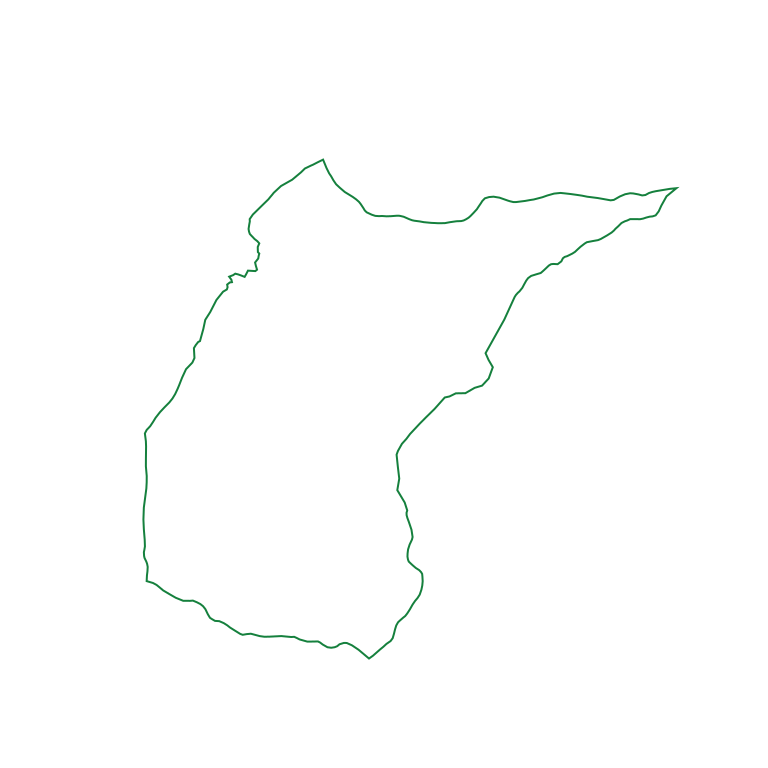 the district of Dopshari, Paro, Bhutan, rotated 110°
{"feature_id": "84629894B98882308612415", "entity_name": "Dopshari", "entity_type": "district", "adm_level": 2, "iso_a3": "BTN", "parent_name": "Bhutan", "parent_adm1": "Paro", "projection": "orthographic", "projection_center": [89.434, 27.456], "detail": "fine", "context": "isolated", "style": "outline", "palette": "green", "viewbox_px": 768, "rotation_deg": 110, "n_neighbors": 0, "source": "geoboundaries", "source_scale": "gbopen_adm2", "svg_char_len": 4378}
<svg xmlns="http://www.w3.org/2000/svg" viewBox="0 0 768 768"><g transform="rotate(110 384 384)"><path d="M647.1,304.2L643.2,301.5L639.2,299.3L634.8,296.9L631.1,294.7L627.4,292.8L623.3,289.9L619.9,288.9L615.3,289.2L610.8,289.7L606.7,289.9L603.1,289.3L600.9,288.2L596.9,286.0L594.8,284.7L591.7,283.7L586.9,282.6L581.5,281.7L577.2,280.6L573.7,279.3L569.7,278.4L564.5,278.5L560.3,279.1L556.1,280.2L551.9,282.0L549.4,283.2L548.1,284.8L546.9,287.2L546.0,291.2L544.6,294.9L543.6,297.3L542.4,300.0L540.8,301.4L538.2,302.9L535.1,303.9L531.2,304.8L526.0,305.0L522.9,304.7L520.6,304.5L518.0,304.8L511.6,308.3L505.2,313.4L501.9,316.2L499.5,317.9L497.2,318.8L494.9,318.9L488.3,324.0L479.2,335.2L467.7,337.3L457.0,342.7L446.1,348.0L442.2,348.0L434.1,346.7L427.9,344.2L422.0,342.4L408.9,336.8L401.3,333.3L390.0,327.9L375.9,322.3L373.3,318.2L368.2,313.3L364.8,304.4L356.6,297.5L352.0,291.3L343.0,287.5L331.0,287.5L325.6,294.0L320.3,299.1L282.4,293.0L257.6,291.0L255.3,290.5L252.5,289.4L250.7,288.4L246.3,286.9L242.6,286.4L238.2,285.7L235.2,284.8L232.1,282.7L228.9,278.5L226.1,274.7L224.0,273.5L222.1,272.5L216.3,269.6L214.3,268.0L213.3,266.0L212.0,261.8L208.1,259.3L204.7,258.9L202.8,257.7L201.2,255.6L197.0,251.6L194.5,249.7L191.3,248.1L187.7,246.2L183.3,243.4L181.4,241.9L178.5,237.1L175.6,232.1L173.6,229.9L168.2,225.3L163.8,221.9L161.1,220.4L159.0,219.6L155.6,217.8L151.5,215.9L148.8,213.4L147.2,211.4L144.9,209.1L142.8,203.4L141.6,199.8L139.9,197.0L137.9,194.5L135.9,191.6L134.6,188.9L132.6,186.4L127.8,184.9L121.5,184.4L111.0,182.7L100.0,176.2L102.9,182.2L109.9,194.6L111.8,197.6L113.9,200.3L117.0,203.0L118.5,205.9L118.8,209.6L119.7,215.0L120.6,218.0L122.0,220.3L123.2,222.3L127.1,226.5L132.4,231.0L133.9,233.9L135.3,242.0L136.2,247.0L138.5,257.1L139.3,262.4L140.4,267.8L141.7,273.8L143.2,280.0L144.1,283.5L146.9,289.3L151.0,295.0L154.3,299.0L159.4,306.4L161.2,309.7L163.7,314.0L167.9,322.2L168.8,324.7L169.2,328.2L169.3,330.3L169.4,339.2L170.0,342.3L170.5,345.1L172.4,349.2L175.0,352.7L178.4,354.2L181.1,354.8L185.0,355.8L188.0,356.5L192.6,358.4L196.6,360.2L198.8,361.4L201.1,363.2L203.1,365.1L204.5,367.2L206.3,371.6L209.4,377.4L212.0,381.8L214.3,387.8L215.2,390.8L216.4,394.6L218.3,401.9L219.0,406.0L220.2,411.4L220.5,413.5L220.5,416.6L220.1,422.7L220.6,426.9L221.4,429.3L223.8,434.6L225.5,438.8L226.8,443.3L228.0,446.2L229.0,449.7L229.1,453.4L228.6,459.0L227.5,461.4L225.7,463.6L222.9,467.4L221.4,469.8L220.0,473.4L218.9,477.3L218.1,481.1L217.0,486.5L214.7,492.6L212.7,497.3L209.9,501.2L206.9,504.7L204.9,507.5L200.7,511.9L194.0,518.0L198.5,522.3L202.3,525.8L203.7,527.3L207.0,530.5L208.5,532.0L213.5,534.4L223.5,540.2L225.8,542.2L233.2,548.5L242.0,553.0L244.4,553.8L247.1,554.8L250.0,555.8L258.7,560.0L266.7,563.8L269.6,565.2L275.0,566.6L277.1,565.7L280.1,565.2L284.6,564.3L286.9,563.0L288.9,561.4L290.0,559.3L290.9,557.4L292.0,555.3L293.1,551.9L294.5,549.3L298.4,549.5L300.5,548.7L303.2,547.6L304.1,545.8L306.4,545.6L309.1,545.1L313.9,546.7L316.8,544.8L320.0,542.4L321.9,543.5L324.0,550.6L328.1,551.1L331.0,551.6L330.9,555.2L330.9,558.5L331.2,561.5L333.3,563.0L336.1,566.2L338.2,563.1L340.3,561.7L341.3,563.6L344.2,565.4L346.5,564.1L348.9,564.0L352.3,566.8L362.3,570.2L375.8,571.9L379.4,572.7L384.8,573.9L394.1,572.6L406.6,571.6L408.1,573.0L411.8,574.2L415.3,574.9L424.4,571.0L429.4,571.4L437.8,575.1L447.2,575.9L455.4,576.1L459.4,576.3L464.9,576.8L469.9,577.8L474.7,579.4L481.0,582.3L487.1,584.9L493.9,587.1L498.8,588.1L503.7,589.3L508.3,591.3L512.2,591.8L519.2,588.2L524.1,586.2L536.4,581.9L542.8,579.6L551.6,575.5L557.5,573.4L563.4,571.6L572.4,569.6L582.3,567.4L593.7,563.7L602.6,560.0L612.2,555.6L618.4,553.1L621.6,552.5L624.2,552.1L627.7,550.6L629.4,549.5L632.1,546.7L634.0,545.1L636.7,543.5L641.0,542.2L644.9,541.3L650.4,539.6L650.0,533.0L650.6,529.0L651.6,526.1L653.5,520.9L654.8,514.0L656.1,506.6L656.4,498.6L654.1,492.1L652.9,489.5L653.1,485.2L653.6,481.3L654.7,478.0L656.7,474.8L660.6,470.8L663.2,467.6L663.7,465.6L664.4,461.8L663.2,457.7L663.5,452.8L664.4,448.7L665.5,445.4L666.8,439.4L668.0,433.7L668.0,431.0L666.0,427.5L664.2,423.7L663.4,414.5L662.4,409.9L660.5,405.0L656.0,394.3L653.5,384.7L652.3,381.9L652.5,379.1L652.9,375.9L652.3,367.9L650.1,362.1L648.5,358.0L648.8,355.6L649.8,352.4L650.7,347.1L649.9,343.4L648.2,340.3L646.4,338.3L643.8,336.8L641.0,333.1L640.1,330.4L640.5,324.8L642.4,317.1L647.1,304.2Z" fill="none" stroke="#15803d" stroke-width="2"/></g></svg>